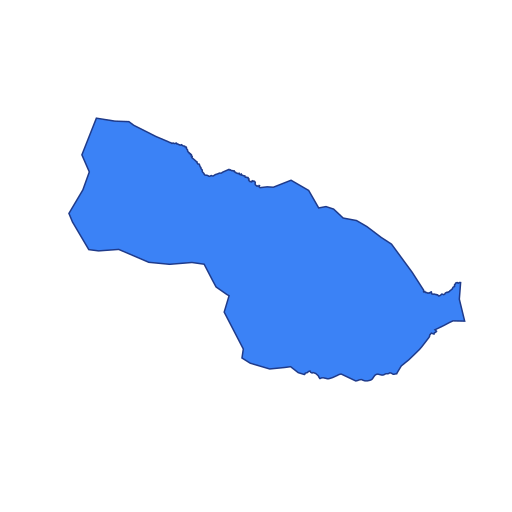 Binder, Hentiy, Mongolia (Robinson projection), rotated 124°
{"feature_id": "93677404B23670550125649", "entity_name": "Binder", "entity_type": "district", "adm_level": 2, "iso_a3": "MNG", "parent_name": "Mongolia", "parent_adm1": "Hentiy", "projection": "robinson", "projection_center": [110.5, 48.575], "detail": "fine", "context": "isolated", "style": "filled", "palette": "blue", "viewbox_px": 512, "rotation_deg": 124, "n_neighbors": 0, "source": "geoboundaries", "source_scale": "gbopen_adm2", "svg_char_len": 5744}
<svg xmlns="http://www.w3.org/2000/svg" viewBox="0 0 512 512"><g transform="rotate(124 256 256)"><path d="M344.2,398.2L339.8,389.4L327.3,373.5L321.2,341.4L311.2,323.0L297.2,305.5L291.8,294.4L300.4,278.6L304.0,271.8L304.2,258.9L304.0,256.1L320.3,251.0L340.2,214.5L348.4,210.6L348.1,200.8L342.0,181.5L332.4,169.9L328.4,165.4L329.1,155.8L327.2,149.6L326.7,149.4L325.8,149.7L325.5,149.6L324.0,148.3L323.7,148.1L322.6,148.0L322.3,147.8L321.7,147.4L321.2,146.9L321.6,146.2L321.8,145.7L321.8,145.2L321.7,144.5L321.6,144.1L321.3,143.8L320.8,143.6L320.5,142.8L320.0,140.8L320.4,137.7L320.6,137.1L321.1,136.5L321.4,135.6L321.8,134.9L321.9,134.6L321.7,134.3L320.5,133.6L320.0,133.1L319.2,131.9L318.7,130.4L318.3,129.6L318.1,128.8L317.7,127.9L317.0,127.0L315.2,125.5L313.9,124.5L309.2,121.6L308.1,121.1L306.7,119.9L306.2,119.3L303.8,103.4L302.2,101.9L301.7,101.7L301.1,101.2L300.4,100.6L299.7,99.7L299.3,99.1L299.2,97.9L298.6,95.9L297.3,93.9L295.3,92.0L294.3,91.3L293.3,90.9L292.2,90.8L290.9,90.8L289.8,90.8L288.5,90.7L287.8,90.5L287.0,90.1L286.2,89.5L285.6,88.5L285.3,87.6L284.3,85.0L283.5,84.0L282.5,83.3L281.6,82.9L281.1,82.6L280.7,82.1L280.0,81.0L279.4,80.4L279.1,80.2L278.2,79.9L278.0,79.7L277.6,78.9L277.6,78.5L277.4,77.7L277.4,77.3L277.4,76.9L277.4,76.6L277.3,76.1L276.7,75.3L275.2,73.9L275.0,73.5L273.6,73.7L265.9,74.1L256.7,71.3L248.3,69.5L241.9,68.2L238.4,67.8L227.4,67.1L225.8,67.1L224.4,67.8L221.9,67.5L221.2,64.8L219.8,65.2L218.8,64.3L218.2,64.5L217.4,64.3L217.1,66.4L208.9,61.6L203.1,58.5L199.6,56.4L193.3,46.6L178.1,63.3L163.6,71.5L163.9,72.2L164.3,72.5L165.4,73.1L165.5,73.2L165.4,74.1L165.5,74.4L165.7,74.6L166.1,74.8L166.7,75.3L167.2,75.3L168.2,75.1L168.7,75.3L168.9,75.3L169.2,75.2L169.5,74.9L170.3,74.3L170.5,74.4L171.1,74.9L171.5,75.1L172.3,75.1L173.4,74.9L174.0,74.9L174.2,75.0L174.4,75.2L175.5,75.4L176.4,75.8L177.4,75.8L177.7,76.0L178.4,76.6L179.0,76.6L179.1,77.1L179.3,77.5L179.6,77.6L180.0,77.8L180.7,78.3L181.0,78.3L181.7,78.2L182.6,78.5L183.1,78.8L183.2,79.1L183.4,80.1L183.7,80.7L184.1,80.8L185.4,81.1L185.9,81.3L186.9,82.1L187.0,82.4L186.9,82.9L186.7,83.4L186.6,83.7L186.7,83.9L186.9,84.1L187.2,84.5L187.1,85.0L187.2,85.3L187.6,85.7L187.7,86.6L187.8,86.8L188.3,87.2L188.5,87.9L188.7,88.1L188.8,88.4L189.1,88.8L189.0,89.2L188.5,89.9L188.1,90.1L187.8,90.4L187.7,90.6L188.0,90.9L188.8,90.8L189.0,91.0L189.1,91.4L189.3,91.6L189.6,91.7L190.1,91.7L190.2,91.8L190.3,92.5L190.5,92.8L190.9,93.1L190.8,94.2L190.9,94.3L191.3,94.6L191.4,94.8L191.3,95.6L191.0,96.1L191.4,96.6L191.9,96.6L192.0,96.8L192.0,97.0L191.8,97.2L190.6,97.9L182.2,117.4L170.4,150.3L170.6,162.7L169.6,180.5L170.4,192.5L175.8,205.0L173.7,217.9L175.9,225.6L181.1,230.9L172.2,249.0L173.6,269.3L189.3,280.1L192.4,285.4L197.1,290.9L196.9,292.0L196.6,292.3L195.7,292.4L195.7,292.5L195.8,292.8L196.5,292.6L196.8,292.8L196.8,293.2L197.1,293.6L197.1,293.9L197.1,294.0L197.4,294.1L197.6,294.3L197.6,294.6L197.3,296.4L197.1,296.7L196.7,297.1L195.7,297.5L195.3,297.9L195.2,298.1L195.1,298.5L194.9,299.1L195.4,299.9L195.4,300.6L195.4,300.8L195.6,300.9L195.8,300.7L196.1,300.6L196.4,301.4L196.6,301.4L197.0,301.3L197.3,301.4L197.3,301.5L197.4,302.3L197.7,302.8L197.4,303.4L197.5,303.8L197.1,304.7L196.6,304.8L196.2,304.7L196.0,304.9L196.1,305.5L196.0,305.8L195.7,306.0L195.4,306.5L195.6,307.0L195.8,307.2L196.0,307.3L196.0,307.8L196.0,308.0L196.7,308.9L196.3,309.5L195.8,310.0L195.9,310.3L196.3,310.8L196.4,311.2L196.6,311.6L196.6,311.8L196.5,312.1L196.6,312.4L196.8,312.8L196.8,313.0L196.4,313.8L196.5,313.8L196.4,313.9L196.5,314.1L196.9,314.3L197.2,314.4L197.2,314.7L197.5,315.0L197.5,315.3L197.3,315.6L197.3,315.9L197.2,315.9L196.8,316.0L196.8,316.3L197.3,316.4L197.6,316.7L197.7,316.8L197.7,317.2L197.9,317.7L197.9,318.0L198.0,318.3L198.2,318.5L198.3,318.7L198.2,319.1L198.0,319.5L198.0,319.8L198.0,320.2L198.3,320.8L198.3,321.0L198.2,321.2L197.6,321.6L197.7,321.9L198.0,322.2L198.1,322.4L198.2,323.0L198.3,323.2L198.7,323.5L198.8,323.6L198.8,324.3L199.0,324.8L198.9,325.5L199.3,325.8L199.4,326.2L199.6,326.4L199.6,326.6L199.4,326.9L205.1,330.5L205.5,330.7L206.3,330.9L206.9,331.3L207.7,332.7L208.7,333.3L209.6,333.9L210.3,334.5L211.3,335.3L212.4,335.7L213.5,336.2L214.2,337.2L214.3,338.1L215.9,339.0L216.3,339.8L216.2,340.4L216.5,341.9L217.0,342.6L217.4,343.5L217.3,344.6L216.7,345.2L216.6,345.8L216.4,346.7L216.1,347.6L215.7,348.1L214.9,348.5L214.6,349.1L214.5,349.9L214.2,350.6L213.4,351.2L213.3,352.0L212.9,352.7L212.1,353.7L211.6,354.4L211.9,355.1L212.2,355.7L211.8,356.7L210.9,357.7L211.2,358.1L210.9,358.9L210.5,362.3L210.4,363.7L210.3,363.9L210.2,364.3L209.8,364.3L209.3,364.4L209.2,364.5L209.2,364.9L209.0,365.3L209.1,365.5L208.9,365.5L208.5,365.7L208.4,365.9L208.5,366.0L208.2,366.2L208.2,366.3L208.3,366.4L208.4,366.7L208.3,366.9L208.4,367.1L208.0,367.2L207.9,367.4L207.9,367.5L208.0,367.7L208.0,368.0L207.9,368.5L208.1,368.7L207.8,368.9L207.8,369.0L207.7,369.5L207.8,369.8L207.7,370.1L207.7,370.4L207.5,370.7L207.5,370.9L207.3,371.1L207.3,371.3L206.4,372.0L206.4,372.3L206.2,372.6L206.1,372.9L206.0,373.4L205.6,374.0L205.4,374.0L205.2,374.2L205.1,374.4L204.8,374.5L204.7,375.0L205.2,375.8L205.2,376.0L204.8,376.6L205.3,377.5L205.4,377.8L205.5,378.6L205.6,379.0L205.6,379.3L205.4,379.4L205.3,379.9L205.6,380.2L206.1,380.4L206.5,380.9L206.6,381.1L206.5,381.5L206.8,382.0L206.9,383.1L206.8,383.4L206.9,383.7L207.3,384.1L207.3,384.6L207.1,384.9L206.9,385.1L207.0,385.3L207.3,385.6L207.7,385.8L208.2,386.2L208.6,387.1L208.5,387.5L208.9,387.9L208.9,388.1L209.3,388.2L209.8,388.8L209.8,389.0L209.7,389.3L209.7,390.0L209.8,390.2L209.9,390.4L210.0,390.9L210.2,391.1L210.2,391.9L212.9,405.9L216.0,430.4L215.7,436.5L223.1,448.4L231.0,465.4L269.5,456.9L279.5,441.2L298.0,436.5L325.3,434.9L330.4,427.2L344.2,398.2Z" fill="#3b82f6" stroke="#1e3a8a" stroke-width="1.5"/></g></svg>